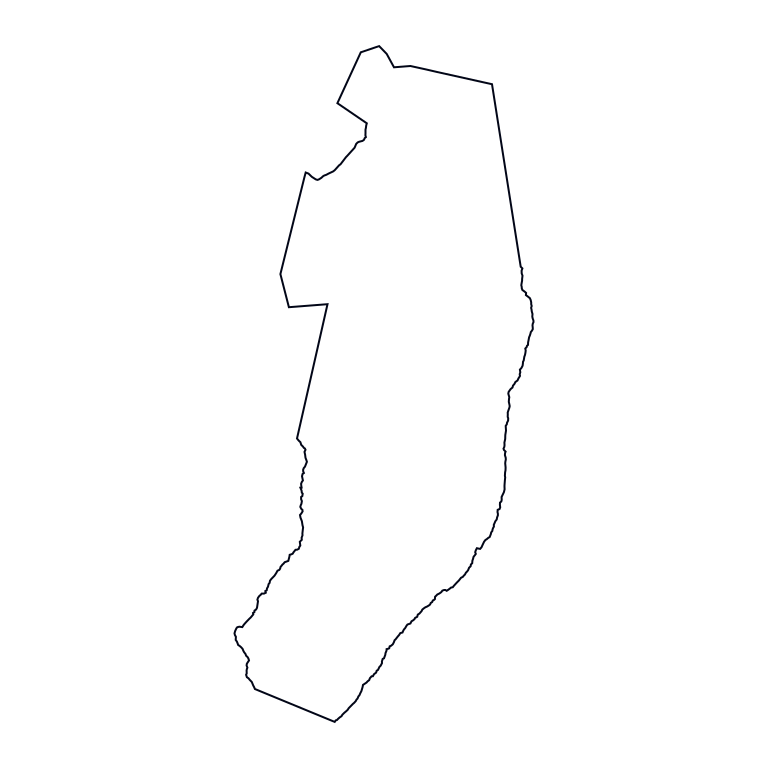 Baixa Grande do Ribeiro, Piauí, Brazil
{"feature_id": "56859067B86459702115755", "entity_name": "Baixa Grande do Ribeiro", "entity_type": "district", "adm_level": 2, "iso_a3": "BRA", "parent_name": "Brazil", "parent_adm1": "Piauí", "projection": "natural_earth1", "projection_center": [-45.157, -8.515], "detail": "fine", "context": "isolated", "style": "outline", "palette": "ink", "viewbox_px": 768, "rotation_deg": 0, "n_neighbors": 0, "source": "geoboundaries", "source_scale": "gbopen_adm2", "svg_char_len": 5658}
<svg xmlns="http://www.w3.org/2000/svg" viewBox="0 0 768 768"><path d="M492.0,84.2L483.4,82.3L437.1,72.0L434.1,71.3L426.3,69.5L410.4,66.0L406.6,66.3L394.0,67.3L386.7,53.9L380.6,47.6L379.1,46.1L360.8,52.3L337.4,103.2L366.8,123.3L366.2,125.5L365.9,127.9L365.5,129.6L365.5,133.5L365.4,135.3L365.9,137.1L364.7,138.1L364.0,139.8L362.5,140.9L359.0,141.8L357.7,142.4L356.2,143.9L354.6,147.7L347.0,156.1L346.0,157.1L340.5,164.3L339.1,165.3L334.8,170.1L333.2,171.4L328.5,173.6L326.3,174.8L324.3,175.5L323.1,176.2L321.4,177.8L318.9,179.4L317.5,179.9L315.8,179.4L311.8,176.8L308.5,173.6L305.7,172.5L304.4,177.3L280.4,274.1L288.9,307.2L327.5,304.2L317.4,348.8L297.0,438.5L298.8,440.7L300.4,442.2L301.2,444.8L303.0,446.6L303.8,447.8L304.9,448.5L305.5,449.8L304.5,451.9L305.1,454.6L305.5,457.8L306.3,459.9L306.9,461.8L305.0,466.6L303.7,468.2L303.1,469.9L303.2,471.4L303.9,473.0L302.6,473.9L302.0,476.2L302.9,480.5L301.8,482.0L301.1,483.8L301.3,485.9L301.6,487.6L300.4,487.7L301.6,490.7L301.8,492.6L302.7,493.7L302.3,496.1L301.1,497.0L301.1,499.2L301.9,501.1L301.4,503.9L300.8,505.1L300.3,506.9L301.3,508.9L302.4,509.8L302.6,511.4L301.3,513.5L300.0,515.0L300.5,517.7L301.3,519.7L301.9,521.3L302.5,525.2L303.1,527.4L302.8,529.8L302.4,533.4L302.5,535.3L301.6,537.8L301.8,539.8L299.8,541.8L300.3,545.6L299.4,546.8L298.8,548.8L297.1,549.7L295.5,549.8L294.4,551.2L293.5,552.3L292.7,553.7L291.4,554.3L289.7,554.8L289.4,556.7L288.3,560.9L286.1,561.7L284.7,562.2L283.4,563.8L282.4,564.6L281.7,565.6L280.6,566.8L280.1,568.7L279.3,569.9L277.5,570.7L276.2,573.1L274.5,575.7L271.3,579.0L270.0,580.7L269.6,582.9L268.6,584.1L268.0,586.7L267.0,588.4L266.7,590.3L265.3,591.1L265.8,592.7L264.0,593.6L261.7,593.6L260.7,594.8L259.3,596.0L258.0,597.8L257.4,599.7L258.0,601.2L257.5,604.5L257.0,607.8L256.1,609.5L254.5,610.6L254.4,612.1L253.0,613.0L253.3,614.4L250.7,617.5L249.3,618.8L246.6,621.6L244.7,623.7L243.7,624.9L242.3,627.1L239.3,626.7L237.3,627.2L236.4,628.3L235.2,630.9L234.5,633.3L234.9,635.0L235.9,636.8L235.7,639.9L236.9,641.6L237.7,643.6L238.1,644.9L239.7,646.0L241.2,647.3L242.6,648.9L243.3,650.7L244.1,652.2L245.5,654.0L246.1,655.7L247.6,657.1L248.4,658.5L249.0,660.5L247.6,662.5L246.8,663.9L246.6,665.5L247.4,667.7L246.9,668.9L246.6,670.4L246.7,673.4L246.1,674.8L246.9,677.2L248.5,678.3L249.7,679.8L251.8,682.0L253.2,685.4L254.2,687.3L254.9,689.0L261.9,691.9L334.7,721.9L335.7,720.4L337.0,720.0L337.9,719.0L339.7,717.4L341.5,716.2L342.3,714.8L344.3,712.8L346.1,711.3L347.7,709.8L348.7,708.2L352.9,703.9L354.1,702.9L355.8,701.0L356.5,699.6L357.5,698.6L358.4,696.4L359.4,695.3L360.3,693.2L361.4,691.1L361.9,689.4L362.6,687.0L363.0,684.9L366.6,682.5L367.4,681.5L369.2,680.1L369.9,678.2L371.6,676.3L372.9,676.2L374.0,674.2L376.1,672.6L376.7,670.7L378.0,669.9L379.5,666.8L380.6,665.8L382.0,663.1L381.9,661.5L382.7,658.9L384.0,658.3L384.8,656.1L385.3,654.8L385.5,653.1L386.5,650.7L386.6,649.1L388.0,648.8L389.2,648.3L389.7,646.3L391.0,645.8L392.8,644.3L393.9,642.2L394.6,640.2L395.6,639.3L397.7,636.6L399.1,635.0L400.3,633.1L402.5,632.5L403.3,630.6L404.0,629.4L405.1,628.2L405.8,627.0L406.6,625.6L407.5,624.5L410.4,623.5L411.5,621.3L413.3,620.2L414.5,619.1L415.1,617.9L417.2,616.8L417.8,614.6L419.4,613.6L421.6,611.1L422.3,609.6L423.4,608.7L424.3,608.0L425.5,607.2L426.8,606.7L428.8,605.5L430.1,604.5L430.7,603.0L432.2,602.0L432.8,600.5L433.9,600.0L434.9,599.1L435.1,596.7L436.3,595.6L437.3,594.5L438.8,593.8L439.8,593.2L441.3,592.1L442.4,590.6L444.1,590.0L445.4,590.0L446.7,590.8L448.2,589.8L449.7,588.7L451.0,587.6L452.8,587.2L453.7,586.0L455.6,583.9L457.0,582.4L458.9,580.5L461.0,577.8L462.9,576.8L463.8,575.6L464.9,574.6L465.9,572.7L467.1,571.5L468.1,570.2L469.1,567.7L470.6,566.3L470.9,564.5L472.2,563.2L472.4,560.7L473.0,559.0L473.6,556.7L474.8,555.3L475.8,553.9L475.2,552.2L475.8,550.3L476.9,548.2L478.6,548.6L480.1,548.9L481.5,547.3L482.4,545.3L483.1,543.8L484.1,541.7L485.5,539.9L486.6,539.3L488.1,538.0L489.7,537.0L490.2,535.7L490.8,534.2L491.2,532.4L492.3,531.0L492.6,529.3L493.1,528.0L493.9,526.6L493.8,524.8L494.7,522.8L495.3,521.3L496.7,519.5L497.1,517.4L497.9,515.3L497.9,513.8L497.5,512.0L497.7,509.8L499.5,509.1L500.2,507.4L499.9,504.8L500.0,502.6L501.3,501.5L501.7,499.9L501.6,497.0L502.5,495.1L503.9,492.2L504.6,489.3L504.5,487.0L504.5,485.5L504.6,484.0L504.9,480.2L505.2,477.4L504.9,475.8L505.1,472.4L505.5,470.3L505.6,467.5L505.2,463.3L505.4,461.5L505.8,459.6L505.7,457.7L504.9,455.1L505.1,452.9L505.6,451.6L504.0,450.0L503.5,448.7L504.3,446.9L504.5,445.6L504.5,444.2L504.4,442.6L505.2,439.0L505.3,435.0L505.6,433.1L506.0,430.6L505.7,425.9L506.8,424.3L507.0,422.8L508.1,420.6L508.2,418.2L507.7,416.9L507.8,414.2L507.7,412.6L508.3,410.7L508.8,409.3L509.4,407.6L509.7,406.1L509.3,404.0L508.8,401.9L509.0,399.0L509.3,397.2L508.3,393.7L508.6,392.0L509.4,390.8L510.6,389.1L512.5,387.5L513.0,385.6L514.4,384.0L515.4,382.0L517.5,380.5L518.5,378.3L519.3,377.1L520.0,375.9L519.7,374.2L520.3,372.3L519.9,369.6L521.2,368.3L522.0,366.9L522.6,365.7L522.9,363.5L523.0,361.8L523.7,360.5L524.0,358.8L524.3,356.8L525.0,354.9L525.4,352.9L525.7,350.6L525.3,348.5L526.6,347.2L527.0,345.8L528.0,344.9L528.1,342.4L528.6,340.0L529.1,337.3L529.9,335.4L530.5,333.5L530.8,332.1L532.0,330.6L532.8,329.1L532.7,327.1L532.5,325.3L532.8,323.6L533.5,322.1L533.4,320.4L532.7,318.5L532.3,316.6L532.5,314.0L531.8,311.5L531.5,309.3L531.1,307.9L531.7,306.0L531.2,304.2L531.2,302.3L530.7,300.1L529.9,298.2L528.3,296.9L527.0,295.9L525.9,295.1L526.1,292.9L524.6,291.6L522.4,290.0L521.8,288.4L521.7,286.8L521.3,285.2L521.7,282.8L522.1,280.6L522.1,279.1L522.3,277.4L522.5,275.7L521.7,273.4L521.6,270.7L522.4,268.4L520.7,266.7L518.1,250.2L492.0,84.2Z" fill="none" stroke="#020617" stroke-width="2"/></svg>